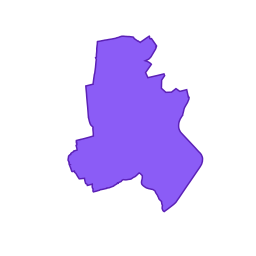 Haarlem, Noord-Holland, Netherlands (Robinson projection), rotated 333°
{"feature_id": "6326949B1246311998557", "entity_name": "Haarlem", "entity_type": "district", "adm_level": 2, "iso_a3": "NLD", "parent_name": "Netherlands", "parent_adm1": "Noord-Holland", "projection": "robinson", "projection_center": [4.639, 52.384], "detail": "fine", "context": "isolated", "style": "filled", "palette": "violet", "viewbox_px": 256, "rotation_deg": 333, "n_neighbors": 0, "source": "geoboundaries", "source_scale": "gbopen_adm2", "svg_char_len": 5353}
<svg xmlns="http://www.w3.org/2000/svg" viewBox="0 0 256 256"><g transform="rotate(333 128 128)"><path d="M68.2,169.2L69.8,169.6L70.3,169.7L72.1,170.1L72.3,170.0L73.0,170.2L73.2,170.3L74.3,170.5L74.7,170.5L75.3,170.4L75.8,170.5L76.4,170.8L77.1,171.0L81.1,172.0L81.1,171.9L81.6,171.9L82.0,171.9L82.0,172.0L84.1,172.7L84.9,172.8L86.0,172.9L87.2,173.0L87.6,173.1L88.5,173.2L89.3,173.1L89.5,172.9L90.7,172.9L92.9,172.7L93.0,172.5L93.7,172.1L94.1,172.6L94.3,172.8L94.5,172.6L94.9,172.4L96.4,172.4L97.0,172.6L98.0,172.4L98.8,171.9L99.0,171.9L99.5,171.9L99.9,171.8L100.4,171.9L101.0,172.3L101.9,172.9L103.2,173.5L104.9,174.0L106.3,174.5L107.0,174.7L107.4,174.8L108.1,174.8L108.7,174.7L109.9,174.5L111.1,174.5L112.3,174.5L112.5,174.5L114.8,173.9L116.7,173.3L117.5,173.1L117.7,173.5L118.0,173.8L118.3,174.2L118.4,174.6L118.5,175.1L118.7,175.7L119.0,176.6L119.1,176.9L119.0,177.1L118.7,177.7L118.1,178.9L117.7,179.5L116.7,180.7L116.4,181.0L115.9,181.6L115.5,182.3L115.3,182.6L115.1,183.0L115.0,183.4L114.8,184.4L114.9,184.7L115.0,185.3L115.2,186.0L115.9,187.5L116.4,188.4L116.5,188.6L116.9,189.2L117.1,189.6L119.1,191.6L119.5,191.9L120.2,192.4L120.9,193.1L121.4,193.4L122.3,194.2L122.7,194.8L123.4,196.3L123.5,196.7L123.5,196.8L123.4,197.5L123.3,197.8L123.3,198.1L123.4,199.0L123.5,199.7L123.5,200.1L123.7,201.2L123.6,202.2L123.6,203.8L123.5,204.4L123.4,205.2L123.4,205.4L123.7,206.3L123.9,207.2L124.5,208.6L124.5,208.8L124.2,209.3L124.1,209.7L123.6,211.3L123.6,211.7L123.5,212.7L122.6,213.9L122.3,214.4L122.1,214.9L121.9,215.1L121.9,215.4L121.7,216.4L121.7,216.9L121.7,217.3L121.8,218.0L122.3,218.9L127.2,218.1L134.1,216.8L135.0,216.5L136.2,216.2L137.0,215.9L137.6,215.6L138.1,215.3L140.5,214.0L141.7,213.4L142.9,212.7L155.2,205.9L158.6,204.1L174.8,195.2L175.7,194.6L176.3,194.2L177.2,193.6L177.7,193.1L178.2,192.5L179.0,191.7L179.5,190.9L180.1,189.9L180.5,189.2L180.7,188.7L180.9,188.1L181.0,187.7L181.1,186.7L181.2,185.5L181.2,185.0L181.1,184.3L181.0,183.7L180.8,182.8L180.5,182.0L179.6,178.9L179.0,176.6L175.5,164.5L173.2,156.6L173.0,155.7L172.9,155.1L172.9,154.7L172.9,153.1L173.0,152.3L173.1,151.6L173.3,150.9L173.6,150.0L173.8,149.7L174.2,148.8L175.1,147.3L175.3,147.0L175.9,146.2L177.1,145.0L177.8,144.4L178.6,143.7L179.1,143.4L180.7,142.4L181.1,142.1L182.5,141.5L182.8,140.9L183.4,140.2L185.0,138.4L186.3,136.8L187.3,135.8L188.1,135.2L191.5,133.0L192.6,132.3L193.0,131.9L194.8,130.4L195.3,130.0L195.6,129.5L196.1,128.9L196.3,128.5L196.2,127.9L196.2,127.6L196.2,127.4L195.9,127.5L197.7,120.5L190.8,118.9L188.6,114.7L183.0,115.8L177.9,113.4L175.8,107.8L179.7,100.6L184.4,98.0L184.6,96.1L177.8,94.5L168.6,92.2L168.8,86.6L177.7,81.9L177.6,81.2L177.4,80.8L177.3,80.5L176.9,79.7L176.5,79.0L175.9,78.1L175.0,77.0L174.5,76.5L173.9,75.9L176.9,76.0L177.5,76.0L178.0,76.0L178.6,75.8L179.2,75.6L180.3,75.2L181.1,74.8L188.5,70.1L190.2,68.4L189.8,68.2L190.1,67.9L190.3,67.9L190.6,68.0L190.7,67.9L190.6,67.0L189.5,59.0L187.7,58.5L187.8,58.5L188.0,58.1L188.4,57.2L188.7,56.1L188.6,55.8L188.0,55.9L187.1,56.0L186.1,56.1L185.4,56.2L183.9,56.4L181.9,56.7L179.6,57.0L178.2,57.1L177.7,57.3L176.5,55.0L176.2,55.0L175.1,53.0L174.9,52.5L174.3,51.5L174.1,50.9L174.1,50.5L174.1,49.7L173.7,49.2L170.5,47.0L169.8,46.7L168.3,45.8L167.5,45.3L166.9,45.0L166.2,44.5L165.7,44.2L165.1,43.9L164.3,43.5L164.1,43.4L163.3,43.3L162.7,43.1L161.0,43.0L159.6,42.7L158.8,42.5L157.7,42.4L157.4,42.4L156.6,42.1L154.0,41.4L150.4,40.2L149.5,40.0L147.2,39.2L145.7,38.8L145.0,38.6L144.8,38.5L142.8,38.0L140.1,37.1L139.9,37.2L138.8,39.2L138.3,40.0L138.2,40.0L136.7,42.3L136.3,42.9L136.1,43.2L135.9,43.6L135.3,44.9L135.2,45.0L134.9,45.5L134.7,45.9L134.5,46.2L133.2,48.2L132.0,50.5L131.1,50.5L131.0,50.9L130.9,51.9L130.8,52.7L129.9,53.9L128.9,55.5L127.5,57.7L126.7,59.0L124.6,62.1L123.3,64.0L122.7,64.6L122.2,65.2L121.7,65.9L121.3,66.5L120.3,67.9L118.7,70.2L117.9,71.4L117.7,71.7L116.9,72.8L116.8,73.1L109.5,71.4L108.8,73.1L108.5,73.8L106.4,79.1L105.9,80.2L105.6,80.9L103.5,86.1L101.2,91.9L100.4,93.8L98.0,99.5L97.7,100.2L97.8,100.2L97.5,101.0L97.3,101.6L97.1,102.6L96.7,104.1L96.3,106.3L96.2,107.5L96.2,108.4L96.3,108.6L96.8,110.1L96.9,110.5L97.2,111.1L97.2,111.4L96.7,112.2L96.4,112.7L96.3,112.8L96.2,113.2L95.7,114.3L95.3,115.4L95.1,115.8L94.8,116.7L94.1,118.0L93.5,119.4L89.2,118.6L84.9,117.7L80.2,116.7L80.3,116.6L76.3,115.7L75.6,116.9L75.8,117.0L75.4,117.9L75.6,117.9L75.1,119.2L75.0,119.3L74.7,119.8L74.3,119.7L73.9,119.9L73.8,120.0L73.7,120.4L73.7,120.6L73.6,121.1L73.2,122.9L72.7,124.5L72.3,124.5L69.2,123.9L69.1,124.2L69.0,124.3L68.9,124.3L67.5,124.4L67.4,124.4L66.7,124.5L66.0,124.6L65.5,124.8L65.3,124.9L65.2,125.0L65.1,125.4L65.0,125.5L64.9,125.6L64.0,125.5L63.8,125.5L62.5,126.0L62.3,126.1L61.8,126.8L60.4,128.7L60.0,129.5L59.9,129.8L60.0,131.4L60.0,132.0L59.9,132.2L59.5,132.3L59.4,133.3L59.4,133.9L59.5,134.0L59.4,134.0L59.1,133.9L58.7,137.9L58.3,140.5L58.3,140.9L58.3,141.2L58.5,141.5L60.7,142.1L60.6,142.5L60.3,143.1L60.5,143.6L61.0,145.0L61.0,145.4L61.0,146.2L61.1,147.2L61.1,147.8L61.3,149.8L61.5,151.2L66.4,153.1L66.1,153.7L66.1,153.9L65.8,154.8L65.4,156.5L65.1,158.2L65.2,158.4L65.5,158.8L65.7,159.1L65.8,159.4L65.9,159.7L65.9,160.0L65.7,160.7L65.9,160.8L70.7,161.8L70.5,162.3L70.2,162.7L69.7,163.5L69.3,164.5L69.2,164.7L69.1,165.4L69.2,165.8L69.2,166.3L69.1,166.5L68.7,167.3L68.2,168.2L68.1,168.5L68.2,168.9L68.2,169.2Z" fill="#8b5cf6" stroke="#5b21b6" stroke-width="1.5"/></g></svg>